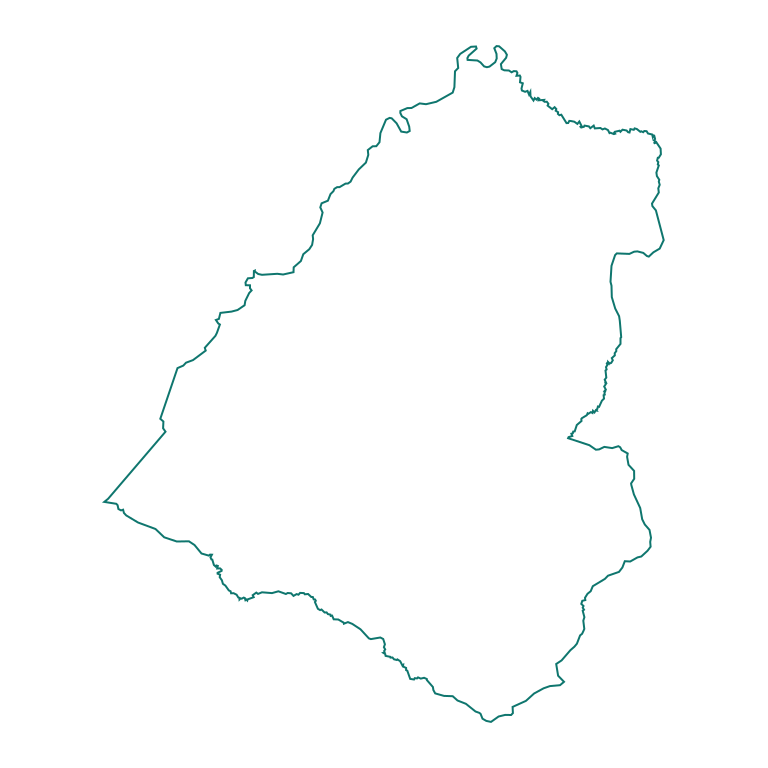 outline of Kanchibiya, Muchinga, Zambia
{"feature_id": "96606910B88888220258727", "entity_name": "Kanchibiya", "entity_type": "district", "adm_level": 2, "iso_a3": "ZMB", "parent_name": "Zambia", "parent_adm1": "Muchinga", "projection": "orthographic", "projection_center": [30.974, -11.535], "detail": "fine", "context": "isolated", "style": "outline", "palette": "teal", "viewbox_px": 768, "rotation_deg": 0, "n_neighbors": 0, "source": "geoboundaries", "source_scale": "gbopen_adm2", "svg_char_len": 6076}
<svg xmlns="http://www.w3.org/2000/svg" viewBox="0 0 768 768"><path d="M177.5,368.1L160.3,418.8L163.4,421.5L163.1,428.3L165.5,431.7L108.1,498.8L104.3,501.9L116.3,503.8L117.6,505.2L118.4,509.0L121.0,510.4L123.1,509.7L123.9,512.9L126.2,515.4L138.0,522.5L155.5,529.0L164.2,537.3L176.8,541.5L188.9,541.3L194.5,545.0L201.5,553.5L208.8,555.6L210.0,554.6L211.9,554.7L210.5,557.4L211.4,559.4L212.3,559.6L213.9,565.0L215.7,566.6L216.4,565.5L217.8,565.9L217.2,568.5L220.1,568.4L221.7,569.9L221.6,570.9L217.6,572.8L217.6,573.7L220.1,574.7L219.7,577.2L221.9,580.3L222.9,583.8L225.4,585.6L228.8,590.4L230.6,591.3L231.1,593.3L233.6,593.2L236.6,594.7L238.3,597.5L239.4,597.8L239.5,599.5L240.6,598.4L241.7,598.7L243.7,597.6L244.8,598.0L245.4,600.1L246.2,599.4L247.3,600.5L247.6,599.4L253.7,597.2L252.7,595.2L256.3,592.6L258.0,593.9L262.0,592.3L272.0,593.1L278.4,591.3L285.9,594.0L287.7,593.0L291.1,593.3L293.5,595.9L296.6,594.1L298.5,594.7L300.1,592.9L303.9,593.1L304.8,594.3L308.1,594.0L311.3,597.0L312.8,597.0L313.7,599.4L315.1,599.5L315.8,600.8L314.9,602.0L317.9,608.8L320.1,610.1L321.5,609.5L324.6,612.5L326.6,612.4L327.9,614.1L330.4,614.6L330.7,615.9L332.1,615.6L333.7,619.3L338.3,619.5L343.7,622.7L343.9,623.7L347.9,622.1L352.3,623.9L360.5,629.3L368.9,638.4L370.9,639.1L380.3,637.5L383.2,639.0L384.9,644.3L383.9,647.2L385.2,649.4L384.2,650.9L384.6,652.3L383.3,652.8L385.2,654.0L385.6,655.9L390.2,656.8L390.5,657.6L392.5,657.5L394.0,659.3L396.8,660.0L397.4,659.4L400.2,661.2L402.4,665.5L403.2,664.9L403.1,666.6L406.1,667.9L406.1,670.1L407.3,670.7L410.2,678.9L414.0,679.5L414.7,678.2L417.1,678.4L418.0,677.4L420.8,678.6L424.1,677.8L426.8,679.0L426.9,680.1L432.9,687.0L433.4,690.1L435.2,693.4L444.0,695.9L452.7,696.2L457.5,700.5L465.9,703.8L475.5,711.5L479.4,712.9L480.6,713.9L482.5,718.7L486.3,720.9L491.0,721.9L498.6,716.5L505.2,714.9L511.1,715.0L512.9,713.1L512.6,706.9L525.9,700.9L534.1,693.5L543.6,688.3L549.9,686.1L560.0,685.2L564.0,681.8L558.1,675.7L556.2,664.0L561.6,660.4L570.4,650.2L574.4,646.7L576.9,643.7L580.1,635.4L582.1,633.8L583.6,630.6L584.3,628.9L583.3,620.7L584.4,617.2L582.7,610.7L584.0,609.7L582.7,607.7L583.5,606.0L581.3,603.9L582.3,600.8L585.3,600.1L585.0,597.8L587.5,593.8L590.7,591.2L592.8,586.2L604.9,578.9L608.0,575.7L619.0,571.9L622.4,567.5L624.8,561.2L630.2,561.5L637.5,557.4L641.3,556.5L647.5,550.8L650.6,546.7L650.2,541.9L651.0,537.7L649.5,529.9L644.8,524.5L642.2,519.3L640.2,508.0L633.9,494.4L631.3,484.9L631.1,483.4L634.2,478.8L634.1,470.9L628.5,464.8L627.1,456.8L627.7,453.5L621.7,450.1L620.2,447.3L618.4,446.2L612.2,448.1L604.3,446.9L599.1,449.4L595.9,449.7L589.4,445.2L568.1,438.2L568.6,437.1L572.3,436.0L571.4,433.7L572.8,433.3L573.2,431.6L574.7,431.4L576.8,425.0L581.5,421.0L581.3,419.0L582.0,418.1L586.8,415.2L587.6,413.3L588.3,413.8L590.9,412.1L592.5,413.0L593.0,410.8L594.5,412.4L595.7,410.4L596.8,410.6L596.3,409.7L597.3,409.0L597.9,406.5L599.1,406.8L601.9,400.7L604.0,398.6L603.6,395.2L604.8,394.6L604.4,393.1L605.2,391.3L604.5,391.1L605.8,389.6L604.2,386.5L605.8,384.1L605.4,382.8L606.1,382.8L604.7,379.7L606.3,377.6L605.5,370.5L606.6,369.5L606.0,367.1L607.5,364.8L606.8,363.5L607.6,362.4L608.4,363.1L608.3,362.2L609.6,363.5L611.2,362.9L612.8,360.3L611.8,358.1L614.8,355.4L614.7,353.2L616.3,351.1L616.2,349.2L620.5,343.9L620.5,338.1L621.2,337.2L619.8,320.8L619.1,316.2L615.2,308.5L611.8,297.1L611.5,285.7L610.5,281.8L611.5,265.8L615.1,255.1L616.8,253.4L629.4,253.9L634.1,251.7L637.4,251.4L643.3,252.9L646.9,256.0L648.8,256.6L653.4,252.3L659.7,248.6L663.7,240.1L655.9,210.4L652.4,206.1L652.0,203.6L658.8,192.5L658.3,188.3L659.7,184.8L658.8,181.6L659.3,179.8L656.9,176.1L656.4,172.6L658.8,165.4L657.8,164.5L658.3,162.1L657.1,160.6L657.8,157.8L658.7,157.8L660.9,154.3L660.6,148.6L656.5,142.5L653.8,143.4L655.6,141.5L653.9,140.3L655.1,139.0L654.2,135.6L653.5,135.4L652.8,137.1L652.2,134.5L648.0,133.5L646.6,131.2L644.3,131.0L643.2,132.2L641.2,131.3L640.3,131.8L636.8,129.0L634.6,128.4L633.8,129.8L630.4,129.1L629.5,132.5L628.1,132.2L626.6,130.5L622.5,129.7L620.4,131.8L619.6,130.7L614.8,131.8L614.2,132.6L615.1,133.7L613.9,134.1L610.4,132.7L609.5,133.1L608.0,130.1L604.9,128.5L602.5,129.4L600.4,128.0L594.8,128.4L593.7,125.6L590.3,128.2L588.9,126.4L584.5,125.6L583.9,126.8L581.2,127.5L580.5,126.8L581.6,126.0L579.3,121.5L577.4,123.9L574.3,121.7L570.8,121.0L569.3,120.9L568.2,123.0L566.5,123.1L561.3,114.7L559.4,115.2L557.9,113.9L558.1,112.2L555.7,110.7L556.3,109.0L554.6,107.2L552.2,109.2L547.6,105.6L548.4,103.8L546.8,101.7L544.6,101.8L543.4,100.9L544.0,99.9L538.6,100.3L539.2,98.7L538.0,97.9L536.5,99.6L534.7,98.1L533.5,100.5L530.5,96.3L530.3,91.9L529.0,94.5L527.5,90.9L525.1,91.8L521.9,90.5L521.5,88.5L522.8,83.3L520.0,82.3L520.5,76.9L519.8,75.5L516.5,75.8L517.4,72.9L516.5,71.3L513.8,71.1L511.6,72.3L508.9,70.5L504.3,70.3L501.7,69.1L500.9,64.1L506.1,57.8L506.9,54.8L504.9,51.4L499.1,46.3L496.5,46.1L494.3,48.2L496.5,53.9L496.7,58.5L495.2,62.2L489.5,66.6L486.9,67.2L484.1,66.4L480.5,62.4L477.4,60.5L467.6,59.9L467.4,58.1L468.7,55.6L476.6,48.6L476.0,46.5L471.0,46.8L460.2,53.9L457.2,58.0L458.2,68.0L455.0,71.3L454.4,87.2L452.7,92.6L436.3,101.8L426.0,104.2L419.7,103.4L411.5,108.0L407.3,108.1L400.4,111.0L400.3,112.9L401.9,116.3L406.6,119.2L409.2,126.6L409.7,131.0L406.9,132.5L401.2,131.6L396.6,123.3L391.7,118.3L389.6,117.9L386.0,119.7L380.4,133.1L379.5,142.2L376.3,146.2L372.6,146.3L367.8,150.1L368.3,154.9L365.9,162.6L358.8,169.4L352.6,177.6L350.6,181.6L348.0,183.5L345.5,183.6L339.6,187.1L337.2,187.1L334.4,188.8L333.4,191.2L330.5,194.1L327.9,200.7L321.6,203.3L320.3,207.4L322.6,212.5L319.9,223.3L312.7,235.3L313.1,239.1L312.1,244.9L309.3,249.2L303.3,254.2L300.9,261.0L293.7,267.3L293.5,272.2L283.1,274.5L277.3,273.8L262.0,274.8L258.2,274.0L254.7,271.4L254.8,270.6L253.9,271.0L253.8,277.1L252.3,278.0L247.9,278.3L245.5,282.5L245.8,285.2L250.0,285.3L250.0,288.3L251.6,290.4L249.2,293.0L245.3,300.9L244.6,305.2L237.6,310.0L231.5,311.6L220.4,312.9L218.9,318.9L215.9,320.0L218.3,323.5L219.9,324.5L216.9,332.9L215.4,335.9L204.8,347.8L205.7,350.6L193.0,360.1L186.0,362.7L183.3,365.6L177.5,368.1Z" fill="none" stroke="#0f766e" stroke-width="2"/></svg>